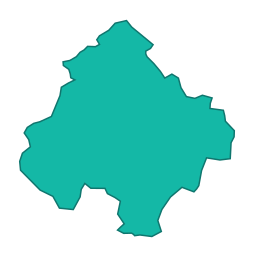 Razgrad, Albers equal-area conic projection, rotated 273°
{"feature_id": "BGR-2256", "entity_name": "Razgrad", "entity_type": "Province", "adm_level": 1, "iso_a3": "BGR", "parent_name": "Bulgaria", "parent_adm1": "", "projection": "albers", "projection_center": [26.578, 43.648], "detail": "fine", "context": "isolated", "style": "filled", "palette": "teal", "viewbox_px": 256, "rotation_deg": 273, "n_neighbors": 0, "source": "natural_earth", "source_scale": "10m", "svg_char_len": 1192}
<svg xmlns="http://www.w3.org/2000/svg" viewBox="0 0 256 256"><g transform="rotate(273 128 128)"><path d="M232.0,109.7L235.2,120.9L229.0,126.4L212.5,148.7L208.6,146.3L205.7,141.7L202.8,141.9L200.1,143.3L193.7,150.4L186.3,157.3L179.8,162.1L184.1,169.0L180.5,175.7L171.0,178.8L162.4,184.7L161.1,193.3L164.6,200.6L162.4,210.4L157.0,208.9L151.8,208.8L150.7,222.3L145.4,223.9L139.9,224.9L130.9,234.3L124.7,234.4L118.7,231.7L102.7,231.7L100.9,221.5L102.3,208.0L89.4,203.7L74.1,201.7L70.7,199.7L67.7,197.2L71.6,185.0L61.3,174.0L48.4,166.1L37.2,162.6L26.4,166.7L20.9,157.5L21.8,145.5L21.3,142.8L20.8,140.3L22.1,139.0L23.2,137.1L22.6,129.2L25.5,122.9L28.7,125.8L32.1,129.2L41.5,122.2L54.5,124.2L57.9,118.6L61.4,110.9L66.5,108.2L65.9,94.0L70.4,87.8L64.3,84.5L56.7,83.8L43.7,77.6L44.4,63.7L55.8,56.6L61.4,43.5L80.2,22.9L89.0,21.6L97.3,23.9L104.1,31.5L111.2,29.5L117.6,24.6L123.3,27.4L127.7,33.6L129.6,39.6L135.5,50.9L156.8,58.4L165.2,59.3L169.7,66.0L173.3,72.4L175.2,68.2L179.0,67.5L183.5,65.8L187.0,60.2L190.7,59.7L192.4,66.4L196.5,72.7L201.1,76.2L203.6,80.0L207.4,83.4L207.5,91.2L210.0,95.2L214.5,92.2L218.6,94.7L224.6,103.7L232.0,109.7Z" fill="#14b8a6" stroke="#0f766e" stroke-width="1.5"/></g></svg>